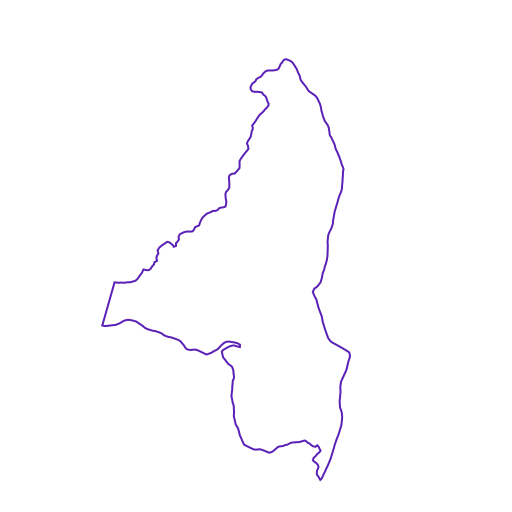 Nova Ipixuna, Pará, Brazil, rotated 196°
{"feature_id": "56859067B5026281924573", "entity_name": "Nova Ipixuna", "entity_type": "district", "adm_level": 2, "iso_a3": "BRA", "parent_name": "Brazil", "parent_adm1": "Pará", "projection": "mercator", "projection_center": [-49.227, -5.013], "detail": "fine", "context": "isolated", "style": "outline", "palette": "violet", "viewbox_px": 512, "rotation_deg": 196, "n_neighbors": 0, "source": "geoboundaries", "source_scale": "gbopen_adm2", "svg_char_len": 4877}
<svg xmlns="http://www.w3.org/2000/svg" viewBox="0 0 512 512"><g transform="rotate(196 256 256)"><path d="M195.8,363.6L196.8,365.2L198.9,367.7L200.2,369.9L203.3,374.3L206.6,378.4L208.4,380.3L209.6,382.0L210.7,384.1L211.9,385.7L215.1,389.3L216.6,391.1L218.1,392.1L219.1,394.1L219.8,396.0L220.7,397.6L221.3,399.3L223.7,402.1L225.7,403.6L227.3,404.9L228.6,406.7L230.6,409.4L231.4,411.1L233.1,413.6L234.2,416.0L235.2,417.9L236.7,420.2L240.1,424.0L241.5,425.3L243.3,426.5L245.6,427.3L250.7,429.0L252.6,430.6L254.4,432.3L256.1,433.5L257.9,434.7L259.5,435.9L261.3,437.2L262.4,438.9L263.2,440.6L264.8,442.5L266.2,444.0L267.6,445.9L268.9,447.4L272.6,450.7L274.4,452.1L276.5,453.0L281.1,453.5L282.8,452.7L283.7,451.1L284.2,449.2L285.2,447.3L285.5,445.0L285.8,442.7L286.9,441.0L290.3,439.2L293.0,438.4L294.9,437.9L296.8,437.0L298.0,435.7L299.2,433.7L299.9,431.7L300.7,429.9L302.0,428.6L303.3,427.4L304.4,425.9L304.7,423.9L307.1,420.6L307.6,418.5L307.8,416.6L307.1,414.9L305.1,413.3L302.7,413.4L300.1,414.2L295.5,414.9L293.6,413.3L291.0,412.2L289.7,411.0L288.8,409.4L287.3,407.4L285.9,406.0L285.5,404.1L286.6,401.3L287.9,399.1L288.6,397.2L289.8,395.1L291.0,393.4L291.9,391.4L293.6,385.7L294.7,382.5L295.7,380.4L294.4,378.4L294.1,376.6L294.6,374.6L294.2,372.8L294.0,368.7L295.3,364.8L295.8,361.8L294.0,359.5L292.8,357.0L293.7,354.5L294.9,352.1L295.7,349.9L296.4,348.2L297.3,345.5L298.0,342.8L296.6,338.1L296.1,336.0L296.8,334.3L299.1,329.5L301.9,328.3L303.6,326.4L303.8,324.2L302.3,320.4L301.2,317.0L300.5,314.0L301.2,311.8L302.5,309.1L302.4,306.7L300.7,302.4L299.5,300.1L299.0,297.3L299.0,295.1L300.6,293.9L302.7,293.0L304.6,291.8L305.6,289.5L307.6,288.1L310.0,287.4L311.7,285.6L314.8,283.3L316.6,280.6L318.0,278.1L318.8,274.8L319.1,271.9L319.1,269.7L320.7,268.4L322.5,267.0L322.8,264.8L323.6,262.3L325.9,261.3L328.9,260.6L331.7,259.1L333.7,257.4L335.3,255.7L335.7,253.0L334.6,250.6L335.4,248.3L336.4,246.3L335.7,243.6L337.6,242.2L339.2,243.6L342.8,245.2L345.2,245.2L350.0,239.5L351.4,237.0L352.1,234.4L350.5,231.3L351.3,228.9L351.3,226.9L349.8,224.0L351.9,222.1L351.8,219.7L353.1,217.1L353.8,214.6L355.0,213.0L356.8,212.3L360.5,212.0L361.0,208.4L362.0,206.0L363.4,201.8L364.9,199.1L367.5,197.4L369.6,196.1L372.5,195.3L374.7,194.1L378.6,193.2L381.0,192.3L384.7,191.7L384.6,146.9L382.6,146.9L380.2,147.6L378.0,148.6L371.9,151.1L368.4,153.8L365.3,157.2L363.8,158.2L361.7,159.3L360.0,159.7L356.4,160.0L353.1,160.0L350.4,159.1L345.7,157.6L343.0,156.3L340.2,155.8L335.1,155.7L332.3,156.0L328.9,156.0L325.0,155.5L322.8,154.5L319.8,154.1L317.5,154.1L315.1,154.4L311.1,154.2L307.5,153.9L305.3,153.3L300.5,150.1L298.7,148.4L297.2,147.5L295.1,147.3L292.8,147.7L289.4,149.1L287.0,149.4L283.5,148.9L276.5,147.6L272.4,150.5L270.8,152.3L269.1,154.0L267.3,155.6L266.3,157.4L265.0,160.1L262.9,163.5L260.8,165.4L258.4,166.3L252.4,167.0L249.5,167.0L246.9,166.3L246.4,164.0L249.1,163.9L252.5,164.0L254.9,162.9L256.3,161.9L258.0,160.5L261.8,156.5L262.5,154.7L259.7,149.5L256.5,147.3L254.9,146.0L252.9,144.6L250.9,144.0L248.6,143.0L246.4,140.1L244.9,136.2L243.8,133.8L243.6,131.9L243.9,129.4L243.1,126.1L242.9,124.1L242.3,122.3L241.0,114.5L239.8,112.3L237.8,108.3L236.3,106.2L234.1,100.1L233.6,97.5L232.9,95.3L231.7,93.3L230.1,90.3L229.0,88.4L227.0,86.6L225.2,84.6L222.0,79.0L220.6,77.5L218.2,74.5L215.4,71.3L206.5,69.7L204.1,69.5L202.2,70.0L199.1,71.3L196.2,71.3L192.1,70.9L189.1,70.5L186.9,71.9L185.7,73.2L182.3,78.4L180.8,79.5L177.5,80.8L176.2,82.1L174.0,83.2L171.4,85.7L169.5,86.8L167.2,87.6L165.6,88.3L163.6,88.8L158.3,92.1L156.6,91.7L154.9,90.8L152.8,90.5L150.9,89.5L148.9,88.8L146.1,89.0L145.0,90.9L142.9,89.7L141.7,88.0L140.3,86.8L140.8,85.1L142.7,82.3L143.4,80.4L145.0,77.7L145.0,75.3L143.0,74.2L141.1,73.6L139.2,72.5L137.8,70.6L137.8,68.7L138.2,66.6L137.8,64.3L137.1,62.6L135.6,61.5L132.5,58.5L131.5,60.2L131.0,63.0L130.7,65.6L130.2,67.9L129.9,70.8L129.3,73.9L128.4,81.5L128.2,92.6L128.3,95.5L128.0,102.0L127.5,107.1L127.3,115.6L127.5,118.1L128.2,122.1L128.8,125.1L130.4,129.1L131.9,131.5L133.3,133.2L134.0,135.0L135.7,139.8L136.1,142.4L136.7,145.5L137.2,148.3L138.9,153.5L139.3,156.2L139.6,158.7L137.8,170.7L137.7,172.6L138.1,179.4L137.9,184.0L138.2,186.2L139.8,189.0L142.1,189.8L150.2,191.9L156.8,193.4L159.9,194.1L162.0,195.4L164.0,197.0L166.6,200.6L168.8,203.6L173.6,210.9L176.1,216.0L181.0,222.6L182.3,224.6L185.4,229.8L186.3,231.3L188.1,232.9L189.9,235.0L191.5,237.2L191.0,240.6L189.3,242.7L188.1,244.8L186.7,248.4L186.6,253.1L186.9,255.3L187.1,258.5L186.7,261.4L186.9,263.8L186.7,269.0L186.8,271.7L187.3,275.8L187.8,277.5L188.6,281.0L190.2,287.0L191.1,289.1L192.1,294.6L192.3,296.8L191.9,299.6L191.2,303.2L191.1,305.2L191.0,308.1L191.5,310.4L191.9,313.6L192.6,320.2L192.6,322.1L192.5,328.3L192.5,330.9L192.6,333.3L192.3,338.4L191.9,340.6L191.9,344.6L192.7,347.5L193.3,351.2L193.9,353.5L194.6,356.9L195.0,358.8L195.6,360.6L195.8,363.6Z" fill="none" stroke="#5b21b6" stroke-width="2"/></g></svg>